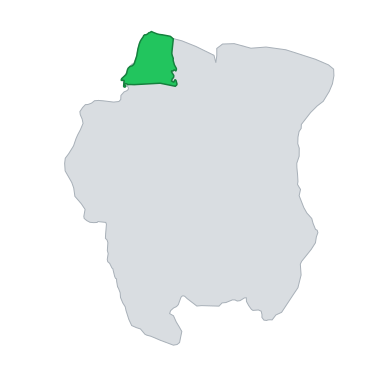 Nickerie on a map of Suriname (Natural Earth projection), rotated 7°
{"feature_id": "SUR-37", "entity_name": "Nickerie", "entity_type": "District", "adm_level": 1, "iso_a3": "SUR", "parent_name": "Suriname", "parent_adm1": "", "projection": "natural_earth1", "projection_center": [-56.858, 5.617], "detail": "fine", "context": "in_parent", "style": "filled", "palette": "green", "viewbox_px": 384, "rotation_deg": 7, "n_neighbors": 0, "source": "natural_earth", "source_scale": "10m", "svg_char_len": 3758}
<svg xmlns="http://www.w3.org/2000/svg" viewBox="0 0 384 384"><g transform="rotate(7 192 192)"><path d="M311.2,86.0L305.8,91.3L300.0,98.7L292.3,111.6L292.6,115.6L290.9,118.9L290.5,124.7L291.1,131.2L293.1,135.4L294.0,143.5L292.5,150.7L293.1,154.9L294.6,161.6L295.9,168.7L295.8,171.6L297.6,174.0L299.4,176.2L298.8,182.6L304.9,193.9L308.6,198.9L314.1,203.7L316.0,208.4L319.1,214.0L320.9,214.7L321.9,217.0L320.9,221.4L320.7,227.4L317.3,234.5L309.3,247.4L308.3,250.4L310.4,261.1L309.3,269.9L308.8,274.1L304.9,281.8L295.6,300.5L290.3,303.8L287.1,309.2L285.0,309.3L282.7,309.8L281.9,310.4L279.0,310.4L276.7,308.0L276.4,305.2L275.2,301.9L272.3,301.0L266.9,302.1L265.3,301.3L262.1,297.8L259.4,294.0L258.8,290.4L257.0,290.7L252.9,294.0L250.1,294.7L247.9,293.9L245.4,294.1L239.1,297.6L235.4,298.4L232.7,302.0L215.3,303.6L210.7,304.6L200.2,298.4L197.5,296.4L196.2,296.1L195.0,296.4L193.9,297.8L192.1,305.5L190.6,307.6L187.8,309.4L185.2,312.4L184.6,315.4L188.7,317.1L192.2,322.9L195.9,327.6L198.9,331.7L198.5,336.3L198.0,342.9L195.8,345.2L192.2,346.3L178.9,343.1L168.8,340.2L164.5,339.6L162.6,338.9L160.0,336.5L157.5,334.2L153.3,333.4L148.4,331.9L144.8,326.1L141.0,317.8L139.7,314.1L136.8,310.5L133.9,305.4L133.0,300.8L130.8,296.6L129.7,295.2L128.0,289.5L127.7,287.4L126.8,287.2L125.6,285.4L123.3,279.3L122.8,277.8L121.8,277.2L119.0,272.9L116.9,271.5L116.1,269.3L116.3,263.3L115.1,260.4L114.8,254.8L114.7,252.6L113.6,250.1L111.7,248.5L111.4,244.4L111.0,234.4L110.1,232.7L102.3,232.8L101.5,233.8L98.1,234.4L94.4,234.5L91.0,233.2L88.2,231.4L87.6,229.3L88.0,222.3L83.5,217.1L76.3,210.6L74.1,202.4L71.5,197.2L63.5,186.5L62.1,179.1L62.1,173.9L64.9,169.1L68.8,160.7L70.4,153.1L71.6,149.1L73.6,143.9L75.5,137.2L74.1,133.0L71.7,128.9L70.9,125.9L73.2,121.4L75.5,118.3L78.1,117.8L81.5,116.0L84.1,113.3L88.1,112.5L93.0,112.3L103.2,112.3L108.4,111.1L110.0,108.9L109.7,104.8L112.3,101.0L115.0,99.4L116.1,98.1L116.3,96.7L115.6,95.5L114.5,94.6L111.6,94.3L109.2,87.8L110.9,84.9L113.1,79.6L113.7,76.7L117.1,72.0L117.9,73.4L120.5,64.9L120.8,58.0L122.8,51.2L125.9,43.1L131.4,39.1L163.6,43.2L178.3,47.1L197.2,53.7L199.9,60.8L200.0,53.7L199.1,46.5L204.3,41.4L215.8,39.6L233.0,42.1L247.8,39.1L267.8,39.4L298.3,45.2L312.0,49.2L317.6,52.8L318.7,59.3L318.2,67.5L316.0,75.4L311.2,86.0Z" fill="#d9dde1" stroke="#a8b0b8" stroke-width="1"/><path d="M108.3,89.8L108.1,89.1L108.3,88.3L108.8,87.5L111.9,83.9L112.6,82.7L112.8,81.0L112.9,79.4L113.1,78.2L113.7,76.7L114.6,75.7L115.1,75.0L117.2,74.1L118.0,73.3L118.6,72.4L119.1,71.4L120.6,63.4L120.9,56.3L121.3,53.9L121.5,52.0L122.2,49.0L123.0,47.0L124.7,43.8L124.9,42.9L125.3,42.3L125.8,41.8L127.3,41.5L127.7,41.2L128.1,40.9L128.4,40.7L128.7,40.5L129.5,39.5L129.9,39.1L130.5,38.9L131.1,38.7L131.8,37.9L132.3,37.7L134.1,38.3L138.0,39.3L140.3,39.6L143.5,39.6L148.5,39.9L151.3,40.1L152.3,40.6L154.3,42.0L154.8,42.3L154.8,43.0L155.0,55.3L155.1,57.2L156.1,59.7L156.8,61.0L157.1,61.6L157.2,63.3L157.4,64.1L159.0,67.9L161.3,71.1L161.5,71.6L161.6,72.4L161.4,73.3L161.2,73.7L160.9,73.7L160.2,73.2L159.7,73.0L159.3,73.1L159.0,73.5L158.6,73.9L158.3,74.2L157.9,74.3L157.4,74.2L157.1,74.3L157.0,74.7L157.2,75.5L159.3,78.0L159.7,78.6L159.8,79.3L159.8,80.3L159.5,81.0L159.1,81.5L158.8,81.9L158.5,82.4L158.5,83.2L158.2,83.7L158.1,84.1L158.2,84.4L158.6,84.6L159.6,84.9L160.2,85.2L160.6,85.0L160.8,84.6L161.0,83.5L161.2,83.0L161.5,82.8L161.8,82.7L162.3,83.0L162.8,83.8L163.1,84.6L163.6,85.8L163.9,86.6L163.9,87.3L163.6,87.9L163.2,88.3L162.5,89.1L147.1,87.9L121.5,92.5L117.8,92.8L114.7,93.3L114.6,93.2L114.3,92.7L113.7,92.5L113.0,92.5L112.4,92.9L112.3,93.6L112.6,94.3L113.3,95.2L113.1,95.7L112.7,96.0L112.2,96.1L111.6,95.9L111.3,95.5L111.2,94.9L111.1,89.8L110.9,89.6L110.5,89.6L109.8,89.4L108.9,89.8L108.3,89.8Z" fill="#22c55e" stroke="#15803d" stroke-width="1.5"/></g></svg>